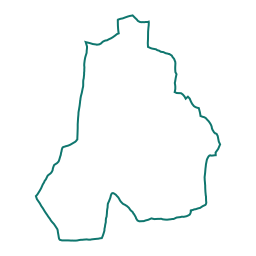 Singida Urban, Singida, United Republic of Tanzania
{"feature_id": "72390352B67063144918279", "entity_name": "Singida Urban", "entity_type": "district", "adm_level": 2, "iso_a3": "TZA", "parent_name": "United Republic of Tanzania", "parent_adm1": "Singida", "projection": "equal_earth", "projection_center": [34.722, -4.814], "detail": "fine", "context": "isolated", "style": "outline", "palette": "teal", "viewbox_px": 256, "rotation_deg": 0, "n_neighbors": 0, "source": "geoboundaries", "source_scale": "gbopen_adm2", "svg_char_len": 5115}
<svg xmlns="http://www.w3.org/2000/svg" viewBox="0 0 256 256"><path d="M215.7,155.2L215.7,154.8L215.6,152.5L218.2,148.9L218.9,147.2L220.1,144.4L218.8,141.6L217.7,136.0L216.6,133.9L215.3,133.3L215.1,133.3L214.9,133.0L214.1,132.4L212.4,129.6L212.4,129.3L212.0,128.6L211.6,126.4L210.8,124.5L209.7,122.7L208.7,121.3L206.8,119.3L205.9,118.2L204.6,117.4L204.2,117.2L202.7,116.8L202.1,116.6L200.5,116.0L200.4,115.1L199.9,112.3L198.8,108.1L197.4,107.8L195.5,107.1L193.9,106.1L192.1,103.8L190.9,101.5L189.7,98.6L187.9,96.7L187.1,97.4L185.7,98.7L184.5,96.5L183.4,95.2L183.1,94.8L182.9,94.6L181.5,93.5L181.2,93.3L180.8,93.2L180.7,93.2L178.4,93.1L176.6,93.0L175.0,92.2L174.7,92.1L174.8,91.5L174.9,91.2L175.3,89.0L175.3,88.8L175.3,86.3L175.1,84.6L174.8,83.0L174.8,82.9L175.1,81.7L175.2,81.1L175.2,80.9L175.3,80.7L175.3,80.4L175.4,79.9L175.7,78.0L176.5,74.2L175.4,72.1L175.2,69.3L175.2,68.7L175.2,67.3L175.4,63.2L175.3,62.8L175.3,62.0L174.1,58.9L172.4,56.8L171.8,55.6L169.3,54.0L168.7,54.0L168.0,53.7L165.6,53.2L163.4,52.1L162.8,52.0L162.1,52.0L161.8,51.9L160.6,51.7L159.4,50.8L157.4,50.2L157.1,50.1L156.0,49.3L153.8,48.9L152.2,48.6L150.6,48.1L150.2,47.9L148.0,46.9L147.8,43.1L148.0,39.1L148.1,31.7L148.4,27.9L148.7,25.3L148.8,22.4L148.6,22.3L148.6,21.7L147.6,22.0L145.5,22.0L144.3,22.2L142.5,22.1L141.6,22.2L140.0,22.0L138.2,21.1L137.7,20.7L136.8,19.5L135.2,18.0L132.7,15.5L132.6,15.4L131.4,15.7L130.0,15.9L127.9,16.5L125.3,17.4L122.7,18.4L120.5,18.8L118.1,19.6L118.0,20.0L117.8,20.1L117.9,25.4L118.0,27.1L118.1,28.7L118.3,30.8L118.7,33.4L117.1,34.0L116.2,34.7L115.9,34.9L115.6,35.2L114.8,35.8L114.4,36.1L114.1,36.3L113.8,36.5L112.7,37.3L110.8,38.4L109.0,39.2L107.0,40.3L105.5,40.5L104.6,40.8L103.0,41.6L102.5,42.0L100.7,43.7L100.1,43.9L99.5,44.3L98.3,44.5L97.8,44.6L97.5,44.6L96.7,44.7L96.2,44.5L95.4,44.4L92.6,44.0L92.1,43.8L89.8,43.1L87.8,42.6L86.9,42.4L86.7,42.4L85.7,42.1L85.8,42.4L86.0,43.1L86.8,45.8L87.0,46.3L87.0,48.0L86.8,49.9L86.7,50.7L86.6,52.9L85.6,56.1L85.4,56.8L85.2,57.5L84.7,60.2L84.3,63.4L84.2,65.2L84.4,67.4L84.3,69.0L84.3,71.1L84.1,72.7L84.1,74.5L83.9,76.4L83.7,78.4L83.3,80.1L83.2,81.7L83.2,83.6L83.2,85.1L83.1,86.6L83.0,87.0L82.6,88.7L81.8,92.8L80.9,96.2L80.4,99.1L80.4,99.9L80.2,100.4L80.0,102.6L79.6,105.8L78.5,112.4L78.4,114.7L78.1,117.8L77.7,124.2L77.7,128.1L77.5,134.0L77.2,134.0L77.5,134.0L77.4,136.5L77.3,139.5L76.5,140.3L76.2,140.9L75.1,141.9L74.9,142.0L70.3,144.7L68.2,145.6L66.4,146.1L66.1,146.1L64.8,146.6L63.3,147.0L62.5,147.6L62.4,148.0L62.0,148.9L61.7,150.1L61.5,151.4L61.1,152.7L60.7,155.1L60.2,156.5L59.3,159.6L58.9,160.7L58.6,161.5L57.1,163.1L54.9,164.5L54.1,165.1L53.5,166.6L52.9,168.4L52.6,170.2L52.0,171.5L51.2,172.7L50.3,173.6L49.2,174.4L47.7,175.6L46.7,177.6L45.9,179.3L44.6,181.0L44.0,182.5L42.8,184.4L41.1,188.3L39.8,190.6L37.3,194.6L36.3,195.7L35.9,196.1L36.9,199.1L39.8,203.3L41.4,206.2L42.9,208.3L44.5,211.0L45.2,212.1L46.5,214.0L47.3,215.1L47.9,216.1L48.4,216.8L50.1,219.1L50.8,220.4L52.0,221.9L54.0,224.1L55.6,226.5L57.3,229.1L57.7,230.4L57.9,232.2L58.5,235.5L58.7,236.9L59.0,238.4L59.4,239.3L59.8,239.8L62.0,240.4L64.3,240.4L68.0,240.4L70.0,240.5L71.3,240.6L72.0,240.5L73.1,240.6L74.4,240.6L75.5,240.6L77.1,240.5L78.5,240.2L80.1,239.9L81.1,239.8L82.2,239.8L84.0,239.6L86.6,239.4L88.9,239.7L90.2,239.7L91.5,239.4L93.2,239.2L96.0,238.9L98.3,238.7L100.1,238.3L101.8,238.1L102.7,236.0L103.5,233.7L103.8,232.7L104.4,230.7L104.5,228.7L104.9,227.0L105.2,224.8L105.8,222.1L105.8,220.2L106.0,218.3L106.6,216.6L106.7,215.4L106.9,213.5L107.0,211.4L107.2,209.5L107.6,207.4L107.7,205.2L107.9,203.6L108.0,203.5L108.0,203.4L108.1,203.2L108.2,202.9L108.7,201.9L108.8,201.6L109.0,201.2L109.2,200.7L109.4,200.3L109.4,200.1L110.0,198.7L110.5,197.1L110.8,195.7L110.9,195.3L111.5,193.9L112.2,193.2L112.3,193.1L112.5,193.1L113.1,193.2L113.5,193.2L115.8,194.7L117.1,196.2L118.1,197.2L118.2,197.3L119.2,198.9L119.5,199.6L120.7,201.5L122.6,203.5L123.1,203.9L123.4,204.1L123.7,204.2L124.3,204.5L125.3,205.0L126.1,205.6L126.6,205.8L128.8,207.7L130.4,210.0L130.5,210.1L131.3,210.9L132.4,211.8L132.8,212.3L133.5,213.7L133.8,213.9L134.0,214.1L135.8,217.3L135.9,217.5L136.1,218.4L137.5,220.5L138.1,220.8L138.6,221.0L139.3,221.3L141.3,221.2L143.8,221.1L145.7,220.4L148.2,219.8L151.4,218.4L154.3,219.1L157.4,218.9L161.4,218.8L162.7,219.3L165.2,219.6L167.1,219.7L169.5,219.4L170.3,219.3L170.5,219.3L172.3,219.0L173.3,219.0L173.5,219.0L174.7,218.5L175.6,218.0L176.8,217.5L177.7,217.4L180.4,217.1L181.8,216.7L183.7,216.8L184.8,216.6L186.6,216.2L188.6,215.3L189.8,214.5L190.6,212.8L190.8,211.6L191.0,211.3L190.7,210.9L190.8,210.4L193.4,209.8L194.1,209.4L195.7,209.2L198.0,208.4L200.1,207.9L202.6,206.2L204.1,205.5L205.4,204.9L205.7,204.5L206.1,203.6L206.3,202.3L206.1,201.0L206.0,197.8L206.0,196.7L205.9,195.9L205.8,195.7L205.4,191.5L205.4,191.0L205.3,189.8L205.2,187.3L205.2,185.6L205.0,183.5L205.0,183.1L204.7,179.8L204.7,179.3L204.7,179.1L204.6,177.2L205.1,173.0L205.5,168.3L205.7,166.9L206.0,164.0L206.2,163.2L206.3,162.6L206.9,159.6L207.5,158.3L208.5,156.5L209.4,155.6L210.2,155.3L210.9,155.6L211.7,155.6L213.0,155.5L214.4,155.3L215.6,155.2L215.7,155.2Z" fill="none" stroke="#0f766e" stroke-width="2"/></svg>